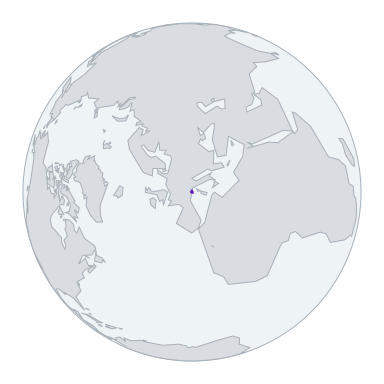 the Earth from above Alpes-Maritimes, rotated 295°
{"feature_id": "FRA-5266", "entity_name": "Alpes-Maritimes", "entity_type": "Metropolitan department", "adm_level": 1, "iso_a3": "FRA", "parent_name": "France", "parent_adm1": "", "projection": "orthographic", "projection_center": [7.102, 43.917], "detail": "fine", "context": "on_globe", "style": "filled", "palette": "violet", "viewbox_px": 384, "rotation_deg": 295, "n_neighbors": 0, "source": "natural_earth", "source_scale": "10m", "svg_char_len": 10622}
<svg xmlns="http://www.w3.org/2000/svg" viewBox="0 0 384 384"><g transform="rotate(295 192 192)"><circle cx="192" cy="192" r="169" fill="#eef3f6" stroke="#a8b0b8"/><path d="M47.9,103.8L48.7,102.4L70.1,75.3L58.6,88.4L65.2,80.3L75.1,70.1L82.0,63.9L95.5,54.0L108.0,49.2L103.5,51.9L107.0,50.8L112.9,47.5L115.9,45.7L136.1,40.4L156.2,34.3L160.7,31.5L161.2,33.2L168.4,27.6L178.1,25.5L168.3,28.6L168.2,29.6L175.3,28.2L176.8,29.0L181.1,28.9L182.1,30.0L176.3,32.2L176.9,33.1L181.9,32.1L186.2,33.0L178.7,34.2L185.3,35.9L176.8,40.7L155.9,44.5L152.3,49.5L133.6,59.9L136.4,60.4L131.1,65.3L132.3,67.8L128.5,69.4L132.8,70.1L136.1,68.2L139.0,68.0L140.1,69.4L135.4,71.5L134.2,71.1L133.3,72.5L130.6,73.1L132.5,73.6L126.7,76.3L133.9,75.9L130.6,79.9L126.3,81.1L124.9,78.0L111.4,74.4L106.7,75.4L101.4,79.4L95.5,92.9L91.0,95.4L86.3,101.0L89.6,100.7L94.4,96.3L99.4,97.6L104.7,92.5L107.5,92.5L113.8,88.8L114.8,92.6L112.4,98.5L107.3,101.9L106.1,104.8L112.6,104.5L104.6,114.1L102.1,126.4L99.8,128.8L92.4,127.6L88.4,119.7L78.8,119.6L87.0,123.3L81.1,129.7L81.0,132.4L82.5,134.4L85.5,133.4L83.9,136.5L75.2,133.7L76.5,130.8L79.3,131.6L77.3,128.2L71.4,127.0L68.9,130.7L62.7,126.2L60.8,128.9L58.4,129.7L61.8,125.5L55.6,133.1L47.9,131.2L39.3,144.8L45.6,129.8L46.5,124.2L46.9,119.0L45.4,121.1L47.9,112.3L46.7,110.0L41.1,117.5L36.2,127.8L33.9,136.2L35.6,134.3L35.3,139.4L30.4,146.8L29.0,158.9L26.2,166.7L25.1,174.4L25.7,178.4L25.9,186.0L27.8,184.6L30.1,187.9L28.3,195.3L31.0,192.0L31.3,199.0L37.0,210.7L36.1,211.4L40.6,230.0L48.5,244.3L50.2,252.0L49.0,254.0L52.4,258.5L52.5,260.7L68.4,277.8L78.7,289.8L79.8,296.7L74.1,299.1L75.4,310.1L66.8,304.6L69.1,307.9L69.2,308.0L60.7,298.4L53.0,288.1L46.2,277.3L40.1,266.0L34.9,254.3L30.7,242.2L27.3,229.9L24.9,217.3L23.5,204.5L23.5,204.0L23.2,198.3L24.3,195.6L25.4,183.9L25.4,179.8L24.5,180.8L25.8,165.4L28.1,154.9L38.4,121.5L47.9,103.8ZM36.7,148.5L35.4,166.5L33.7,160.5L34.5,160.7L35.3,155.1L36.1,147.2L35.3,142.7L36.7,148.5ZM41.5,146.8L41.5,144.3L41.8,146.3L41.5,146.8ZM117.1,44.9L112.9,47.4L107.0,50.3L110.3,48.0L117.1,44.9ZM128.4,40.5L126.8,41.7L123.1,42.2L125.1,41.4L128.4,40.5ZM163.6,29.5L159.9,30.5L163.0,29.4L163.6,29.5ZM181.5,28.7L182.1,28.2L184.0,28.4L181.5,28.7ZM112.8,87.0L113.3,87.8L111.9,88.1L112.8,87.0ZM115.1,84.6L113.1,84.2L113.9,83.1L115.1,83.3L115.1,84.6ZM187.5,30.4L190.5,31.0L186.4,30.8L187.5,30.4ZM117.3,85.4L115.5,81.1L116.9,79.1L122.7,78.5L117.3,85.4ZM191.6,31.7L198.9,33.5L200.8,32.5L199.5,36.7L193.7,33.5L188.4,33.2L191.5,32.6L191.6,31.7ZM136.6,67.0L133.2,69.1L135.1,66.1L136.6,67.0ZM137.1,65.2L138.7,57.0L144.3,54.9L142.6,58.0L149.0,54.5L151.0,57.4L147.9,60.0L143.9,60.7L147.7,61.4L137.1,65.2ZM197.6,38.8L198.5,39.7L196.4,39.2L197.6,38.8ZM140.4,67.7L140.2,66.1L145.0,64.1L146.2,67.0L144.3,66.7L140.4,67.7ZM149.8,52.2L153.6,51.4L156.2,53.6L158.0,53.6L151.5,57.4L149.8,52.2ZM143.7,67.8L146.8,68.5L145.4,70.8L140.9,69.1L143.7,67.8ZM145.7,62.5L148.1,61.7L147.2,63.0L145.7,62.5ZM142.4,79.7L142.1,77.6L144.6,76.4L142.4,79.7ZM148.0,68.6L148.4,67.8L149.4,67.1L151.0,68.1L148.0,68.6ZM153.8,58.7L154.1,59.8L156.6,57.3L158.7,58.9L154.0,61.2L156.9,60.9L157.5,61.5L152.9,62.8L153.8,58.7ZM155.5,67.1L150.3,70.9L150.3,74.9L148.1,76.1L148.4,69.5L155.5,67.1ZM154.4,64.4L154.6,66.3L151.8,66.7L149.9,65.6L154.4,64.4ZM161.8,59.3L159.8,56.1L160.9,55.8L161.8,59.3ZM156.1,68.2L157.4,67.2L156.5,68.4L156.1,68.2ZM160.7,61.9L159.8,60.8L161.1,60.4L160.7,61.9ZM160.6,66.4L158.9,67.6L157.6,66.9L160.6,66.4ZM161.1,64.3L163.0,64.0L158.1,65.9L160.5,63.8L161.1,64.3ZM162.0,61.7L162.5,61.1L162.2,62.3L162.0,61.7ZM166.7,68.8L160.8,71.3L157.8,69.6L164.0,67.3L166.7,68.8ZM356.3,152.7L357.4,157.6L356.8,155.0L356.1,157.8L358.7,168.2L359.3,168.4L360.2,175.7L359.7,172.2L359.4,173.0L357.5,164.5L353.6,156.4L354.2,164.1L352.3,159.4L347.0,155.6L346.8,166.6L347.6,191.2L350.7,204.3L349.7,214.0L340.9,203.5L335.2,192.9L333.1,197.7L323.2,193.8L309.1,206.6L306.1,204.4L303.7,208.4L296.5,209.1L291.7,205.0L287.8,208.0L300.5,218.6L304.6,215.3L306.7,206.4L309.6,211.1L316.3,211.5L312.3,230.6L289.8,257.4L286.1,248.2L260.9,226.5L260.8,222.6L260.6,222.3L260.2,221.6L259.5,228.2L254.7,223.3L269.8,240.7L273.0,249.0L289.5,258.2L288.3,260.5L293.2,261.4L306.8,249.1L307.2,252.5L301.7,271.7L281.5,300.9L283.3,310.9L280.4,320.2L265.9,330.8L265.2,335.9L257.5,340.1L255.7,342.9L248.4,347.3L236.9,352.1L219.3,355.4L219.7,353.8L213.2,350.7L204.8,338.8L210.8,331.3L209.9,325.3L197.0,311.5L199.9,302.4L196.1,298.6L188.5,299.8L183.9,295.1L179.1,294.9L148.2,295.6L137.9,287.6L123.6,264.0L128.6,256.5L128.0,245.9L161.1,213.5L169.7,216.4L197.6,211.2L201.4,212.4L199.9,221.6L222.3,229.7L227.4,221.3L245.9,222.9L257.0,219.2L257.8,201.5L239.6,207.4L234.6,200.2L247.8,188.5L263.5,183.6L262.1,180.7L250.7,177.3L252.8,170.0L246.6,175.7L250.2,177.9L246.4,181.7L242.9,179.9L243.7,177.3L238.6,177.4L235.7,190.4L239.1,194.2L226.5,199.5L231.0,206.4L228.1,210.7L219.5,200.8L219.2,196.4L204.4,186.2L203.6,191.1L217.5,201.3L213.8,200.9L212.8,208.3L210.7,202.5L195.8,190.6L183.4,194.3L170.2,212.1L162.4,213.2L154.7,209.1L156.9,191.1L174.1,190.8L175.1,185.0L169.4,176.4L175.1,177.2L174.9,173.8L181.1,173.3L187.8,165.0L193.8,163.8L194.3,153.4L197.5,151.5L196.3,158.1L198.6,162.2L213.4,159.6L215.6,156.9L214.8,150.6L218.9,150.9L216.2,145.1L223.6,140.8L212.3,141.4L211.0,134.6L214.3,128.4L211.9,126.4L206.4,136.5L206.1,140.6L209.1,143.8L206.4,155.6L201.8,158.1L196.9,146.6L189.8,149.2L189.1,139.6L204.2,117.3L211.6,112.1L228.2,116.9L227.7,121.6L221.5,122.0L229.1,127.5L227.6,124.2L231.0,124.7L230.7,118.7L233.1,118.8L228.6,113.2L231.5,112.6L234.3,116.2L236.3,107.5L241.8,105.1L241.1,103.2L238.8,101.8L247.4,100.0L246.4,98.7L243.3,98.7L239.4,96.2L235.9,91.2L239.0,90.8L240.7,92.6L249.0,96.0L253.1,101.0L254.0,100.4L251.3,96.0L241.1,91.8L238.1,88.9L243.0,90.2L241.0,89.5L240.5,88.0L243.0,86.3L237.6,84.6L227.7,69.9L231.5,65.6L237.0,68.1L233.4,58.7L238.0,55.4L235.1,55.3L231.4,51.3L229.9,52.3L228.2,52.0L218.1,43.1L218.2,41.1L210.5,38.0L209.0,38.1L208.5,39.3L199.5,36.7L200.8,32.5L204.2,32.5L202.8,30.3L210.6,30.8L216.5,30.4L225.9,32.8L229.7,32.6L228.7,31.8L233.1,31.3L245.7,33.7L239.9,35.3L222.0,34.1L229.7,34.7L229.3,35.7L232.9,36.8L238.2,37.3L238.0,36.6L253.4,44.9L268.9,50.9L264.5,46.7L266.1,45.7L279.9,50.8L304.0,68.5L306.3,68.9L309.3,71.2L313.5,75.8L309.3,72.4L309.8,74.2L306.8,71.8L312.2,78.5L308.1,75.5L314.3,82.6L316.5,83.4L313.3,78.3L320.4,86.3L322.5,86.2L327.4,91.5L339.5,110.1L344.8,121.8L346.1,124.3L345.9,125.4L349.2,134.0L352.6,139.6L353.4,141.9L356.3,152.7ZM151.8,232.1L151.3,235.4L151.8,232.1ZM281.8,186.7L290.1,182.3L283.6,174.1L286.3,171.9L283.1,170.1L283.1,173.6L274.9,168.1L277.5,162.9L275.0,158.9L272.1,160.3L268.6,170.8L280.4,178.5L279.7,183.8L281.8,186.7ZM37.3,210.9L37.7,213.8L36.6,211.9L37.3,210.9ZM32.3,162.5L32.6,165.2L32.3,167.6L31.8,166.1L32.3,162.5ZM37.8,183.6L38.8,187.0L37.3,184.7L37.8,183.6ZM35.4,169.1L37.0,181.1L34.2,177.5L33.4,170.0L34.6,173.4L35.4,169.1ZM38.8,149.7L38.7,151.8L37.9,152.6L38.8,149.7ZM41.7,148.3L41.5,147.8L42.1,146.0L41.7,148.3ZM81.7,129.9L82.3,130.2L83.2,132.6L81.7,132.4L81.7,129.9ZM94.2,138.6L91.4,143.5L92.3,139.7L89.6,140.1L88.1,133.0L98.6,129.6L94.1,132.3L94.2,138.6ZM89.1,123.0L88.8,127.6L88.7,122.8L89.1,123.0ZM167.5,157.0L170.4,159.1L169.0,163.0L161.3,165.6L163.2,159.8L167.5,157.0ZM174.7,161.4L171.9,149.8L176.6,148.1L174.4,151.0L177.8,151.0L175.2,155.7L182.3,165.8L181.6,170.0L167.9,171.7L172.8,168.7L169.7,166.6L174.7,161.4ZM156.7,126.6L155.6,122.4L167.1,123.9L166.9,127.7L159.2,130.2L155.1,127.3L156.7,126.6ZM127.8,85.6L126.6,84.6L127.9,83.9L130.0,84.2L127.8,85.6ZM142.1,78.8L134.3,89.7L132.5,88.9L130.0,96.6L124.5,97.8L126.3,92.7L120.1,99.6L119.5,95.5L115.9,100.5L120.5,89.0L119.7,85.9L122.7,88.9L127.8,87.8L129.8,86.4L134.8,80.2L135.6,73.4L140.9,71.5L144.3,72.1L144.9,73.5L141.4,74.1L144.7,75.5L140.0,77.6L142.1,78.8ZM182.0,84.4L177.6,83.8L183.5,88.4L178.8,89.9L179.8,90.3L177.1,93.0L175.6,97.2L173.2,97.3L173.6,99.0L171.8,100.9L171.6,103.2L167.2,104.4L166.6,107.4L164.9,106.2L165.0,111.1L163.0,108.1L160.5,110.5L163.8,112.2L140.7,114.5L132.7,118.5L127.0,123.7L124.3,118.1L127.8,110.0L134.7,101.8L142.8,99.0L140.1,97.2L143.2,95.4L144.1,97.6L144.6,93.3L147.4,92.4L153.5,86.2L152.6,80.9L154.8,78.7L156.5,80.4L157.5,77.0L162.3,78.7L164.0,77.3L170.4,77.7L172.8,82.1L174.5,80.2L179.4,80.7L182.0,84.4ZM168.5,69.0L172.4,73.6L171.8,76.7L160.9,74.7L158.7,75.8L151.7,75.0L152.7,70.5L154.6,71.1L156.7,70.7L155.6,72.2L158.1,70.7L160.8,71.6L163.5,70.7L164.0,72.3L168.5,69.0ZM204.7,208.6L207.4,208.7L211.4,207.7L210.9,212.5L204.7,208.6ZM194.4,200.7L196.7,199.9L197.9,205.9L195.0,206.0L194.4,200.7ZM196.9,194.6L196.7,199.4L195.1,196.9L196.9,194.6ZM198.3,157.1L200.7,156.0L201.3,157.4L200.5,159.8L198.3,157.1ZM198.7,99.8L196.3,98.7L196.7,97.7L193.8,93.3L197.0,92.1L200.1,94.3L198.7,99.8ZM255.3,205.5L252.7,209.8L250.8,208.8L252.0,207.5L255.3,205.5ZM231.2,212.2L237.2,212.9L231.0,213.5L231.2,212.2ZM201.7,97.8L200.2,96.0L202.8,96.5L201.7,97.8ZM199.2,91.0L202.1,91.1L197.1,91.4L199.2,91.0ZM304.0,306.2L290.5,324.7L284.0,328.3L284.4,325.4L290.4,315.5L298.4,308.8L302.8,302.4L304.0,306.2ZM360.9,186.6L360.1,184.1L360.2,180.1L360.5,179.2L360.9,186.6ZM351.2,204.9L353.8,209.3L352.9,212.9L351.2,204.9ZM347.8,127.6L349.0,131.1L348.2,129.5L346.2,124.2L347.8,127.6ZM335.3,102.4L334.6,101.4L331.1,96.2L334.0,100.4L335.3,102.4ZM227.2,87.3L227.7,94.6L230.2,99.6L235.0,101.8L228.5,102.1L224.6,94.4L227.2,87.3ZM227.3,72.0L223.1,70.5L224.7,69.3L225.9,69.5L227.3,72.0ZM224.9,72.4L220.2,74.0L217.7,72.1L221.9,71.1L224.9,72.4ZM211.1,85.4L211.0,87.6L208.9,87.1L211.1,85.4ZM307.1,68.4L305.5,67.0L302.9,64.6L304.8,66.2L307.1,68.4ZM293.8,57.2L301.6,63.5L308.4,69.9L308.0,69.3L312.6,73.7L311.4,72.8L304.1,66.0L299.5,61.8L295.5,58.8L290.1,54.7L286.2,52.4L282.8,50.2L285.0,51.1L292.2,56.0L293.8,57.2ZM284.7,51.6L275.9,47.2L272.5,44.4L273.6,44.7L279.1,47.8L280.6,49.1L284.7,51.6ZM272.7,45.4L274.1,46.7L263.9,45.3L260.9,44.3L266.8,43.4L268.4,44.7L271.5,45.7L272.7,45.4ZM200.0,39.3L198.6,39.7L198.9,38.9L200.0,39.3ZM227.5,52.6L225.2,52.1L225.6,50.9L227.5,52.6ZM219.2,50.1L220.4,51.7L217.8,50.1L219.2,50.1ZM223.2,55.5L220.2,52.4L225.0,55.2L223.2,55.5Z" fill="#d9dde1" stroke="#a8b0b8" stroke-width="1"/><path d="M193.2,191.5L193.3,191.5L193.2,191.6L193.1,191.8L192.9,192.0L192.9,192.4L192.8,192.5L192.7,192.5L192.4,192.7L192.2,192.8L192.1,193.0L191.9,193.1L191.7,193.1L191.6,193.3L191.5,193.2L191.6,192.9L191.4,192.9L191.3,192.7L191.2,192.5L191.0,192.4L191.1,192.2L191.3,192.1L191.5,192.0L191.5,191.9L191.4,191.7L191.2,191.5L191.2,191.4L191.2,191.2L191.3,190.9L191.5,190.7L191.6,190.8L191.7,191.0L191.8,191.1L192.0,191.1L192.3,191.3L192.5,191.3L193.0,191.3L193.1,191.2L193.1,191.3L193.2,191.5Z" fill="#8b5cf6" stroke="#5b21b6" stroke-width="1.5"/></g></svg>